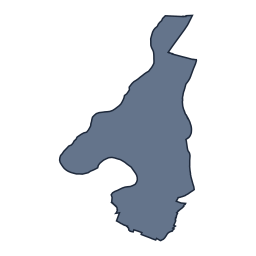 outline of Stein, Limburg, Netherlands
{"feature_id": "6326949B81495248212156", "entity_name": "Stein", "entity_type": "district", "adm_level": 2, "iso_a3": "NLD", "parent_name": "Netherlands", "parent_adm1": "Limburg", "projection": "robinson", "projection_center": [5.769, 50.974], "detail": "fine", "context": "isolated", "style": "filled", "palette": "slate", "viewbox_px": 256, "rotation_deg": 0, "n_neighbors": 0, "source": "geoboundaries", "source_scale": "gbopen_adm2", "svg_char_len": 5646}
<svg xmlns="http://www.w3.org/2000/svg" viewBox="0 0 256 256"><path d="M194.2,189.6L194.1,188.9L193.9,187.5L193.7,186.4L193.4,185.5L193.0,184.3L192.7,183.3L192.5,182.5L190.9,176.7L190.8,175.9L190.5,174.6L190.4,174.1L190.5,173.5L190.0,170.5L189.6,166.0L189.7,165.9L189.7,164.9L189.7,163.7L189.7,161.6L189.7,160.4L189.8,159.0L190.0,155.9L189.9,155.0L189.7,154.0L189.5,153.2L189.1,152.4L188.3,151.3L187.8,150.3L187.5,148.9L187.3,147.9L186.3,140.9L185.9,139.5L186.8,138.9L187.5,138.4L188.3,137.7L188.5,137.8L189.4,136.8L190.0,135.9L190.4,135.1L190.6,134.6L191.1,133.4L191.3,132.5L191.4,131.4L191.5,129.7L191.4,127.9L191.1,126.2L190.9,125.3L190.5,124.3L190.1,122.8L189.6,121.5L189.0,120.2L188.8,119.8L188.6,119.5L188.2,118.6L188.1,118.4L187.4,117.2L187.3,117.5L186.8,116.3L186.8,116.1L186.7,115.9L186.5,115.5L186.1,114.8L185.8,114.7L185.1,113.4L184.8,112.8L184.9,112.5L184.7,112.2L184.4,111.5L184.5,111.3L184.2,110.7L184.2,110.9L183.9,110.1L183.5,109.0L183.2,107.9L182.9,106.8L182.7,105.7L182.6,104.6L182.5,103.4L182.4,102.3L182.4,101.2L182.6,100.8L182.6,100.7L182.6,100.0L182.6,98.8L182.4,98.7L182.5,97.7L182.6,96.9L182.8,95.9L183.0,95.2L183.1,94.3L183.2,93.5L183.4,92.9L183.7,91.3L184.0,91.0L184.3,89.9L184.6,88.8L184.9,88.0L184.9,87.7L185.2,86.7L185.5,85.6L185.6,85.0L185.8,84.4L186.1,83.9L186.4,83.4L187.0,82.7L187.7,81.7L188.6,80.5L189.1,79.5L189.2,79.4L189.8,78.4L190.2,77.4L190.6,76.3L190.9,75.8L190.9,75.5L191.3,74.5L192.1,72.3L193.5,68.5L193.8,67.8L194.7,65.7L195.0,64.9L195.5,63.7L195.8,62.7L196.4,60.6L196.3,59.7L195.9,59.7L195.1,59.6L194.3,59.5L194.2,59.5L193.6,59.4L193.0,59.3L192.9,59.5L186.2,57.7L182.2,56.7L176.3,55.1L175.5,54.9L172.1,54.0L171.7,53.8L171.6,53.7L171.9,53.5L170.9,53.3L169.4,52.6L169.2,52.9L168.1,52.4L170.4,49.1L172.7,45.8L175.1,42.5L184.7,29.3L186.0,27.3L187.3,25.4L188.4,23.4L192.4,15.4L186.1,15.7L186.1,15.8L186.0,16.0L185.9,16.5L183.3,16.3L183.4,16.6L165.3,15.8L164.3,16.8L162.6,18.5L161.6,20.7L159.7,22.4L158.3,24.2L157.3,26.4L155.0,28.3L153.7,30.0L152.6,32.1L151.9,34.5L151.3,36.6L150.7,38.9L150.8,41.5L150.8,43.4L150.9,45.6L151.6,47.7L152.9,50.3L153.5,51.9L153.8,54.3L153.9,56.5L153.9,58.8L154.0,61.1L153.9,63.3L152.8,65.5L151.7,67.4L150.2,69.3L148.6,71.3L146.3,72.6L144.3,74.0L142.3,75.6L140.3,77.1L138.3,78.8L136.2,80.3L134.0,81.6L132.1,83.4L130.6,85.3L129.2,87.1L129.4,89.9L128.1,91.9L126.7,93.9L124.5,95.5L124.0,97.8L123.2,99.8L122.2,101.8L120.9,104.0L119.1,105.8L116.9,107.5L114.9,109.0L112.7,110.4L110.0,111.4L107.5,111.7L104.8,111.9L101.9,112.3L99.2,112.6L96.3,113.6L94.3,115.3L92.5,117.2L91.9,119.4L91.5,121.6L90.9,123.7L90.6,126.0L89.6,127.9L88.4,130.0L86.6,132.2L83.8,132.9L81.4,134.2L79.3,135.6L77.1,137.1L76.1,139.2L74.2,140.9L73.0,143.1L71.5,144.9L68.7,146.1L67.1,147.9L63.8,151.3L62.3,153.6L60.6,155.5L59.9,157.7L59.6,160.1L60.2,162.5L61.4,164.5L62.8,166.6L64.3,168.5L66.4,170.2L68.4,171.4L70.8,172.4L73.2,173.1L76.3,173.9L79.3,173.9L82.4,174.1L88.2,172.7L90.4,171.2L92.9,170.2L95.2,169.1L97.7,167.8L98.3,165.4L99.7,163.4L101.6,161.7L103.6,160.1L106.2,158.8L108.7,157.7L111.9,157.4L114.6,157.9L117.4,158.8L120.3,159.6L122.6,160.9L124.9,162.3L126.8,163.9L131.2,167.1L132.6,169.1L135.5,173.2L136.6,175.2L137.2,177.3L137.3,179.9L136.6,182.1L135.2,184.3L132.9,185.5L130.4,186.5L128.0,186.7L125.1,187.1L122.4,188.0L119.9,189.2L117.5,190.4L114.9,191.4L112.6,192.8L111.2,194.8L112.1,197.4L111.9,199.8L111.7,202.0L111.4,202.4L113.0,203.8L112.8,203.1L113.0,203.3L113.3,203.7L113.6,204.1L114.0,204.4L115.6,205.8L115.3,205.9L115.6,206.2L116.6,207.1L116.9,207.5L117.1,208.4L117.1,208.7L117.1,209.0L117.1,209.5L117.4,209.7L117.3,210.3L117.1,210.9L116.7,211.9L116.3,212.7L115.8,213.3L119.5,212.8L116.5,220.9L117.3,221.3L118.2,221.8L119.7,222.6L119.9,222.8L120.1,222.9L120.2,223.0L120.3,223.1L120.7,223.3L121.0,223.5L121.4,223.7L121.7,223.8L122.0,223.9L122.4,224.1L122.7,224.3L122.9,224.5L123.0,224.5L123.4,224.7L123.6,224.7L123.8,224.9L124.2,225.2L124.4,225.2L124.5,225.2L124.7,225.3L124.9,225.2L125.3,225.5L125.5,225.5L126.1,225.7L126.3,225.9L126.5,226.2L126.8,226.2L126.7,226.3L126.9,226.5L127.2,226.6L127.3,226.7L127.4,226.8L127.6,226.9L127.7,227.2L127.8,227.3L128.0,227.5L127.9,227.6L128.1,227.8L128.3,227.9L128.3,228.0L128.5,228.2L128.5,228.3L128.7,228.5L128.7,229.5L128.8,229.8L128.8,230.0L129.6,230.6L129.8,230.7L130.0,231.2L131.2,231.5L133.2,231.9L133.3,231.6L133.5,231.0L133.7,230.4L133.9,229.8L135.6,230.4L136.9,230.8L138.4,231.3L141.9,232.6L141.1,234.3L141.3,234.5L144.7,235.8L150.0,237.8L150.5,238.0L151.8,238.6L155.7,240.0L156.2,239.1L156.6,238.4L160.4,240.6L160.9,240.5L161.7,240.0L163.2,239.3L163.7,238.9L163.9,238.7L164.4,238.2L164.6,238.0L164.7,237.9L165.0,237.5L165.1,237.3L165.2,237.1L165.3,237.0L165.7,236.5L165.7,236.4L166.0,236.0L166.3,235.5L166.8,234.7L167.2,234.0L167.5,233.7L167.9,233.3L168.0,233.1L168.5,232.7L169.3,232.2L169.5,232.1L170.3,231.7L170.5,231.6L170.8,231.5L171.0,231.5L171.2,231.4L172.0,231.2L172.3,231.1L172.2,230.7L173.2,229.8L174.1,228.9L172.8,228.1L175.4,226.1L173.7,225.2L174.3,224.1L175.4,221.6L175.6,221.1L175.6,220.7L175.7,220.2L175.3,220.0L175.6,217.7L176.1,217.8L176.5,216.0L176.4,215.7L176.6,215.3L177.1,214.2L177.5,213.3L176.7,212.7L178.6,210.9L178.4,210.8L182.2,207.9L183.6,206.5L183.4,206.4L184.5,204.3L185.1,204.4L185.6,203.4L182.1,203.1L181.1,203.0L178.3,202.0L177.3,201.6L176.6,201.4L176.7,201.1L176.3,201.0L177.9,198.4L177.9,198.2L178.1,197.6L179.4,197.4L179.9,197.3L180.9,197.0L181.1,196.9L181.8,196.7L182.0,196.7L182.5,196.5L183.7,196.1L185.5,195.4L185.7,195.1L186.1,194.9L187.6,194.1L188.3,193.7L188.9,193.3L189.2,193.0L191.9,191.2L192.6,190.8L193.0,190.5L193.4,190.2L194.0,189.7L194.2,189.6Z" fill="#64748b" stroke="#1e293b" stroke-width="1.5"/></svg>